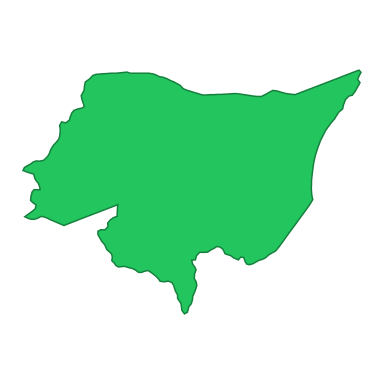 Itapemirim, Espírito Santo, Brazil
{"feature_id": "56859067B73479651555060", "entity_name": "Itapemirim", "entity_type": "district", "adm_level": 2, "iso_a3": "BRA", "parent_name": "Brazil", "parent_adm1": "Espírito Santo", "projection": "mercator", "projection_center": [-40.954, -20.988], "detail": "fine", "context": "isolated", "style": "filled", "palette": "green", "viewbox_px": 384, "rotation_deg": 0, "n_neighbors": 0, "source": "geoboundaries", "source_scale": "gbopen_adm2", "svg_char_len": 2935}
<svg xmlns="http://www.w3.org/2000/svg" viewBox="0 0 384 384"><path d="M24.8,216.7L27.4,218.0L30.4,219.1L33.6,219.4L36.9,218.6L41.2,216.4L44.3,217.0L47.2,218.1L50.8,219.9L64.0,225.5L67.5,224.1L77.9,220.0L103.2,210.3L117.7,204.7L117.0,216.4L113.3,217.7L110.2,220.0L107.7,223.0L107.9,226.8L104.8,229.9L100.8,229.7L97.9,231.3L97.9,234.6L99.8,237.9L101.6,241.1L104.8,244.9L106.8,249.6L109.8,252.2L111.7,254.2L112.3,257.4L111.8,260.7L114.3,263.1L115.9,265.5L118.6,267.0L121.5,266.6L124.9,266.4L128.9,267.7L131.8,268.3L135.3,269.9L138.6,272.4L141.5,272.4L144.4,271.3L148.0,270.5L151.3,272.6L155.7,276.0L158.5,278.9L160.1,281.3L164.5,281.8L168.4,281.1L171.9,282.6L173.6,285.3L174.8,289.2L175.8,291.9L177.5,294.7L177.6,298.5L181.0,303.6L181.9,310.4L184.5,313.9L187.4,312.2L188.9,306.7L191.3,303.7L192.5,299.6L192.7,296.3L194.5,292.5L195.8,288.9L196.8,285.4L196.2,281.8L194.3,278.6L194.6,273.7L196.1,269.9L194.8,267.0L192.7,264.2L191.7,260.1L195.4,259.9L196.5,255.7L199.7,252.3L204.5,252.4L207.8,252.1L210.8,249.9L214.3,248.2L216.7,246.6L219.7,246.9L222.8,249.1L225.2,253.9L230.6,255.6L233.9,258.0L238.4,259.9L240.6,257.1L243.8,257.5L245.0,261.3L246.6,264.0L249.3,264.7L252.5,263.9L256.0,262.0L259.2,260.2L262.0,259.5L265.2,258.0L268.9,254.8L272.3,252.8L275.6,251.0L279.0,246.9L283.0,241.4L288.5,233.7L296.5,222.9L299.2,219.1L303.1,213.9L309.6,204.8L312.8,199.6L311.9,195.7L311.5,191.7L311.3,187.8L311.5,184.8L311.5,180.8L311.9,176.9L312.5,171.8L313.0,167.8L313.7,162.9L314.5,159.3L315.3,155.7L317.9,147.4L319.0,144.6L320.6,140.3L322.3,137.0L324.7,132.3L326.0,129.8L331.0,123.0L334.5,119.0L336.6,115.5L338.9,112.0L342.6,109.0L343.6,104.5L345.5,99.6L348.8,96.1L352.3,95.2L355.2,91.3L357.1,87.8L358.6,85.3L360.0,82.6L357.6,79.4L359.2,75.7L361.0,72.3L359.0,70.1L343.0,76.2L338.8,77.9L329.1,81.6L319.5,85.3L295.2,94.6L291.8,94.3L286.4,93.6L281.7,92.4L277.7,91.1L272.9,90.4L269.0,92.4L266.1,94.1L261.3,96.5L256.7,96.4L252.7,96.0L249.9,95.5L243.8,94.6L239.4,94.0L236.3,93.6L233.2,93.6L230.2,93.9L226.9,94.1L223.9,94.2L221.2,94.4L217.9,94.4L213.1,94.7L209.7,94.7L206.0,95.0L203.1,95.0L200.5,94.4L197.8,93.5L194.2,92.5L189.9,91.1L186.9,90.2L183.2,88.7L180.1,85.3L174.1,82.0L170.4,80.5L167.0,78.7L162.9,77.2L159.5,76.7L156.3,75.1L153.5,74.0L148.7,73.2L144.9,73.2L140.9,73.2L130.3,73.2L127.0,72.1L116.1,73.2L111.4,73.2L96.3,74.3L92.9,75.4L89.7,78.8L85.3,82.0L84.4,86.6L84.1,90.2L81.2,95.7L81.9,99.3L82.9,102.3L84.4,106.5L81.9,108.1L77.6,109.0L73.8,110.5L71.8,113.0L70.3,116.8L69.4,120.1L65.8,122.8L61.6,121.9L59.6,125.5L60.3,129.9L59.7,136.2L58.6,139.4L55.9,142.7L53.4,145.3L51.8,147.8L50.4,150.4L49.5,153.2L47.7,156.3L43.7,160.3L39.3,161.2L36.4,160.9L33.2,162.0L30.8,163.9L27.6,165.6L24.4,167.5L23.0,170.5L28.0,172.4L33.7,174.1L34.9,178.6L36.5,181.1L38.3,183.3L39.6,186.7L40.1,189.8L37.0,189.7L34.0,189.7L32.1,192.0L30.8,197.1L30.6,200.5L32.8,202.6L36.1,204.9L35.2,208.8L32.4,211.2L24.8,216.7Z" fill="#22c55e" stroke="#15803d" stroke-width="1.5"/></svg>